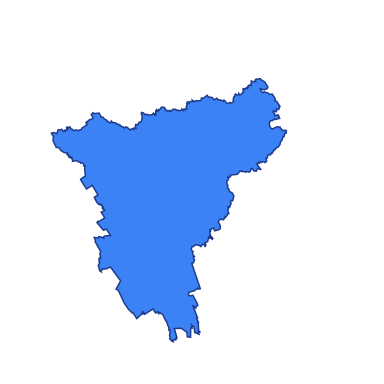 outline of Tlalixcoyan, Veracruz, Mexico, rotated 148°
{"feature_id": "50627088B62084484750594", "entity_name": "Tlalixcoyan", "entity_type": "district", "adm_level": 2, "iso_a3": "MEX", "parent_name": "Mexico", "parent_adm1": "Veracruz", "projection": "equal_earth", "projection_center": [-96.202, 18.773], "detail": "fine", "context": "isolated", "style": "filled", "palette": "blue", "viewbox_px": 384, "rotation_deg": 148, "n_neighbors": 0, "source": "geoboundaries", "source_scale": "gbopen_adm2", "svg_char_len": 6048}
<svg xmlns="http://www.w3.org/2000/svg" viewBox="0 0 384 384"><g transform="rotate(148 192 192)"><path d="M287.3,75.1L287.2,76.6L283.8,75.2L283.5,76.5L282.1,76.1L279.3,85.6L273.3,82.1L270.6,75.8L272.7,71.6L270.2,69.6L265.0,77.6L264.0,76.6L262.8,79.4L261.8,76.4L264.2,71.4L261.5,67.7L260.8,70.0L259.8,68.8L259.3,69.8L260.0,70.7L255.9,77.9L256.9,79.1L255.7,78.1L254.9,82.5L254.0,82.3L251.4,95.7L250.4,91.6L249.2,92.9L247.4,92.5L246.7,93.9L246.0,104.0L248.8,104.9L249.5,106.3L249.3,106.9L248.3,108.3L246.5,108.3L242.6,107.1L237.7,107.3L238.0,106.3L236.2,105.6L230.0,131.7L228.1,131.2L225.7,133.3L225.6,136.1L224.1,135.9L224.4,138.2L224.0,139.8L222.6,141.0L223.2,142.0L222.8,144.1L220.8,145.7L219.6,144.9L217.3,145.6L214.2,143.0L213.4,141.0L210.3,142.1L209.6,140.3L209.8,138.9L209.4,138.9L208.3,139.7L207.9,142.1L205.0,141.6L203.2,143.6L201.7,143.6L201.6,145.1L200.7,144.6L200.0,141.2L198.8,141.7L199.7,145.4L199.3,145.3L198.2,148.7L197.3,148.8L197.6,149.6L196.9,150.6L196.2,149.9L194.8,150.5L192.6,149.9L193.4,147.7L193.2,146.9L188.4,145.7L187.3,146.1L186.1,148.1L185.5,150.3L185.9,150.6L185.7,152.5L184.3,153.5L182.3,154.0L180.0,151.7L177.7,153.2L177.0,152.6L176.5,153.6L175.9,153.2L172.8,154.6L172.2,154.2L171.2,158.1L169.7,158.6L169.3,160.3L168.1,159.2L164.9,161.6L164.4,163.6L163.4,164.1L162.2,163.0L158.6,166.4L158.4,169.9L160.0,172.8L159.2,175.2L159.8,176.7L158.3,178.2L157.7,181.4L156.1,183.0L154.6,183.1L153.7,185.6L153.4,184.8L151.8,184.5L150.9,184.9L150.8,185.6L149.6,185.6L144.3,183.0L140.0,184.3L138.7,182.7L137.6,182.6L136.2,180.5L134.2,180.1L133.2,178.6L131.6,178.7L129.4,180.4L128.6,180.3L128.2,176.9L126.5,175.6L124.8,176.7L123.3,176.6L121.6,174.2L122.3,180.2L122.1,181.8L120.1,180.8L119.5,181.9L119.2,180.9L118.1,181.1L117.3,180.1L116.4,180.5L114.7,179.3L114.6,178.4L113.4,178.2L111.9,179.2L111.6,181.3L109.9,181.0L108.3,183.3L105.5,181.9L105.0,182.9L103.3,182.4L103.2,183.0L101.3,183.3L100.0,184.5L99.2,183.8L97.2,184.8L95.2,184.4L92.1,185.7L90.7,187.4L87.9,188.4L85.9,190.4L84.7,190.1L82.3,192.4L80.8,192.1L80.4,193.3L79.5,193.7L80.1,195.0L82.3,195.8L83.2,199.4L82.9,200.4L85.2,202.2L90.7,203.0L91.3,204.2L91.2,206.6L90.3,209.1L87.8,211.0L85.6,209.8L83.6,210.6L82.8,209.2L78.7,208.1L79.0,209.4L78.2,209.8L78.1,211.8L81.4,212.9L80.4,215.0L80.9,216.2L80.5,217.4L79.8,217.8L78.9,216.1L77.8,215.4L76.4,217.7L74.9,216.0L72.7,217.5L72.6,218.4L72.1,218.2L72.1,223.9L73.4,225.5L72.0,226.9L72.0,232.4L74.4,233.7L75.0,235.5L77.5,238.5L79.3,238.6L80.0,242.0L79.2,243.4L76.9,240.4L73.5,239.8L72.0,240.8L72.0,246.8L73.8,250.3L74.0,251.8L75.2,252.6L76.4,252.5L77.7,253.8L79.0,253.5L79.4,252.2L79.8,252.8L80.9,252.5L83.0,254.7L84.1,252.5L84.9,252.4L85.3,250.9L87.1,252.4L88.7,252.1L88.9,250.8L90.1,250.4L90.3,251.4L91.7,251.6L92.1,251.0L93.7,252.5L94.4,252.1L94.6,250.5L95.6,250.2L95.8,249.3L99.0,248.9L100.1,249.1L100.1,250.7L100.8,249.9L102.3,250.2L103.1,252.0L104.3,251.6L105.0,250.3L106.4,250.4L108.5,247.9L108.5,246.8L111.2,246.5L112.3,247.0L112.4,247.9L114.0,247.7L115.5,249.2L115.9,252.5L116.4,253.0L117.5,252.3L118.8,254.7L120.8,256.3L121.3,258.4L124.7,258.6L124.7,261.2L127.8,264.1L127.9,266.0L132.6,265.5L134.2,266.7L135.4,265.1L137.8,265.5L139.8,267.2L142.2,267.5L143.0,269.5L143.3,268.2L145.5,269.8L147.6,268.7L147.6,270.7L148.2,270.8L149.7,269.9L150.2,267.9L151.7,267.6L152.1,265.5L153.4,265.0L153.9,266.2L155.0,266.7L155.9,265.4L156.8,267.7L157.4,266.9L160.4,268.0L160.6,269.0L161.8,269.4L162.0,270.8L164.7,272.4L165.8,271.6L167.0,272.2L167.7,271.7L168.1,273.3L170.2,273.3L170.0,274.8L171.1,275.2L170.5,277.4L171.2,279.2L173.1,280.1L175.1,279.2L176.5,279.4L176.8,278.5L177.5,278.7L178.2,280.4L178.9,279.1L179.7,280.1L181.7,276.6L182.3,277.5L181.9,278.8L182.8,277.4L182.9,279.3L184.9,278.7L188.0,280.1L188.8,281.7L190.7,282.4L191.3,284.8L192.6,286.2L193.4,285.6L194.1,282.4L197.1,279.1L198.3,278.5L200.3,279.2L202.0,277.6L203.9,279.1L205.2,277.8L205.7,275.7L207.2,277.0L208.0,275.7L209.3,277.6L211.6,277.4L212.6,280.9L213.6,282.3L215.6,282.2L215.8,283.7L217.1,284.5L217.4,286.7L218.3,287.4L218.2,288.2L219.8,289.4L219.8,290.6L221.0,291.9L222.4,292.8L222.9,295.0L224.3,293.9L225.3,294.3L225.6,296.1L226.3,296.5L226.3,298.1L227.6,300.3L227.9,302.6L229.2,303.7L229.0,308.2L233.3,310.2L234.0,311.7L236.5,311.0L236.6,307.2L239.2,306.9L240.5,307.7L244.3,306.8L244.3,307.3L245.3,306.8L245.3,304.7L251.4,304.5L252.8,303.7L256.0,304.4L257.3,306.1L259.6,306.5L260.2,308.5L261.1,309.1L261.0,311.6L261.7,312.4L262.5,311.8L263.5,313.0L263.9,311.5L264.5,312.5L265.2,310.8L267.1,311.8L267.4,310.6L269.3,311.9L268.9,312.9L269.4,314.3L271.1,314.5L272.4,315.7L275.7,313.3L278.4,316.1L280.1,316.3L280.2,312.3L282.7,309.1L283.5,301.8L281.3,300.0L281.1,296.2L279.4,293.1L277.6,291.6L276.7,292.0L277.9,290.5L277.2,289.8L277.7,289.7L277.3,289.1L277.7,288.9L277.4,288.4L278.0,287.0L277.2,285.8L276.5,286.5L276.1,285.9L276.7,285.7L276.4,284.4L275.7,284.4L276.4,283.0L276.2,281.7L276.9,281.3L273.3,279.7L272.2,277.5L271.1,276.8L271.1,275.5L270.2,275.4L268.9,273.1L270.0,271.3L268.8,270.6L270.6,268.9L273.9,262.1L279.7,261.9L280.0,260.5L279.9,250.4L273.1,250.5L273.3,239.3L277.6,239.3L278.2,234.0L277.6,230.9L276.6,230.9L276.7,229.7L275.8,229.6L275.9,228.4L275.4,228.4L275.4,226.0L276.6,226.0L276.5,224.6L275.9,224.6L275.9,222.6L279.7,223.0L279.7,216.3L287.2,216.2L287.3,217.0L288.8,216.4L287.4,206.5L284.2,205.9L284.2,198.3L289.3,200.9L291.6,200.7L291.6,200.0L293.7,202.9L294.7,203.6L295.7,202.6L299.0,205.3L299.5,202.6L300.5,201.0L301.0,190.0L302.6,188.7L304.7,184.3L305.7,185.0L307.1,183.6L307.1,182.2L308.2,181.4L308.2,180.4L310.4,179.3L312.0,174.0L311.3,172.5L311.1,173.5L309.7,173.5L308.9,174.3L305.8,172.3L300.9,171.7L299.6,154.5L307.9,149.8L306.6,147.8L308.3,133.7L308.0,126.3L306.8,121.1L306.0,120.8L305.9,113.9L300.1,115.1L298.3,114.6L298.0,116.5L296.9,116.5L296.9,113.4L287.0,113.5L287.0,108.7L284.6,108.7L285.0,105.8L284.0,107.4L283.4,107.2L281.7,103.4L282.5,97.1L282.3,94.7L283.2,91.9L283.3,89.7L284.7,87.1L283.8,87.1L284.0,86.0L287.0,82.3L287.4,80.6L288.7,79.4L288.1,76.0L287.3,75.1Z" fill="#3b82f6" stroke="#1e3a8a" stroke-width="1.5"/></g></svg>